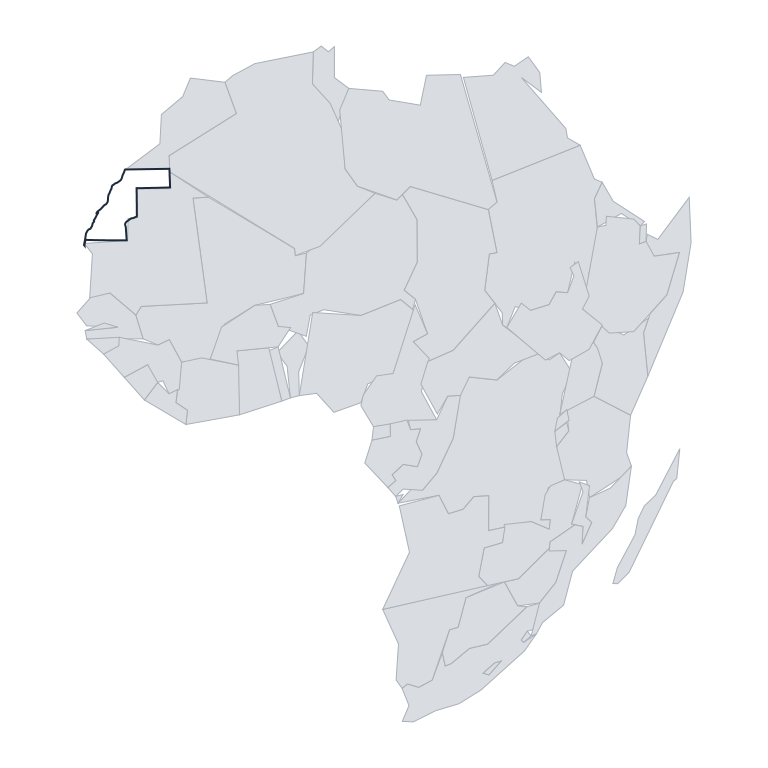 Western Sahara on a map of Africa (orthographic projection)
{"feature_id": "ESH", "entity_name": "Western Sahara", "entity_type": "country or territory", "adm_level": 0, "iso_a3": "ESH", "parent_name": "Africa", "parent_adm1": "", "projection": "orthographic", "projection_center": [-13.3, 24.236], "detail": "fine", "context": "in_parent", "style": "outline", "palette": "slate", "viewbox_px": 768, "rotation_deg": 0, "n_neighbors": 49, "source": "natural_earth", "source_scale": "50m", "svg_char_len": 11802}
<svg xmlns="http://www.w3.org/2000/svg" viewBox="0 0 768 768"><path d="M594.0,396.3L630.6,415.2L626.6,452.6L631.4,466.1L625.2,474.5L589.5,497.6L586.5,480.4L564.6,479.8L557.4,465.7L556.6,446.7L568.7,430.9L566.7,409.6L594.0,396.3Z" fill="#d9dde1" stroke="#a8b0b8" stroke-width="1"/><path d="M556.6,446.7L564.6,479.8L548.2,487.8L540.9,519.8L550.4,519.6L549.2,529.3L531.2,521.6L488.6,530.6L488.7,495.8L473.9,496.6L463.1,509.3L448.4,513.8L438.9,495.3L398.1,503.2L412.8,487.7L422.4,490.3L436.9,473.0L453.3,437.9L461.0,388.0L469.3,377.0L496.9,380.0L525.0,358.1L539.8,353.3L549.2,360.0L559.6,352.8L572.5,373.0L562.3,393.7L556.6,446.7Z" fill="#d9dde1" stroke="#a8b0b8" stroke-width="1"/><path d="M647.8,376.4L643.5,332.9L650.1,313.6L666.8,294.8L679.4,252.5L654.3,256.2L645.3,245.8L647.3,234.3L657.8,239.4L689.2,197.3L691.1,242.5L683.1,291.9L647.8,376.4Z" fill="#d9dde1" stroke="#a8b0b8" stroke-width="1"/><path d="M630.6,415.2L594.0,396.3L602.3,363.3L593.6,342.5L602.3,325.0L623.8,335.0L648.6,317.9L643.5,332.9L647.8,376.4L630.6,415.2Z" fill="#d9dde1" stroke="#a8b0b8" stroke-width="1"/><path d="M513.1,329.8L506.0,327.3L502.7,325.2L502.2,312.8L484.7,290.3L489.3,254.0L496.9,252.5L487.5,205.1L497.0,202.0L492.1,180.4L580.1,145.2L594.4,179.0L602.2,182.3L594.5,198.7L598.1,236.7L588.6,274.6L589.2,296.1L574.7,262.4L567.6,292.7L556.2,291.9L549.1,304.6L530.6,310.4L515.2,306.6L506.8,327.5L513.1,329.8Z" fill="#d9dde1" stroke="#a8b0b8" stroke-width="1"/><path d="M488.3,209.6L496.9,252.5L489.3,254.0L484.7,290.3L494.9,303.4L453.2,350.4L427.8,361.5L413.2,341.6L427.5,333.7L415.5,299.4L404.1,290.3L417.2,262.1L416.9,219.6L402.4,194.6L410.3,186.5L488.3,209.6Z" fill="#d9dde1" stroke="#a8b0b8" stroke-width="1"/><path d="M402.1,688.3L407.5,683.9L418.7,687.3L432.2,680.0L442.4,652.7L445.2,665.9L451.3,663.5L469.4,648.4L487.6,644.1L526.8,606.8L539.5,603.0L538.3,617.9L532.6,629.8L527.3,631.2L521.3,640.0L523.6,642.4L536.4,633.8L524.6,650.8L481.0,690.0L459.0,703.7L435.6,710.7L413.3,721.9L402.3,721.3L409.0,705.6L402.1,688.3ZM501.0,661.2L494.8,662.9L483.2,673.1L488.9,674.9L501.0,661.2Z" fill="#d9dde1" stroke="#a8b0b8" stroke-width="1"/><path d="M501.0,661.2L488.9,674.9L483.2,673.1L494.8,662.9L501.0,661.2Z" fill="#d9dde1" stroke="#a8b0b8" stroke-width="1"/><path d="M539.5,603.0L517.6,605.9L504.3,581.9L518.5,578.7L549.5,547.9L566.4,550.6L555.9,582.3L539.5,603.0Z" fill="#d9dde1" stroke="#a8b0b8" stroke-width="1"/><path d="M526.8,606.8L487.6,644.1L469.4,648.4L451.3,663.5L445.2,665.9L442.4,652.7L449.5,629.8L458.1,627.2L466.0,597.6L504.3,581.9L517.6,605.9L526.8,606.8Z" fill="#d9dde1" stroke="#a8b0b8" stroke-width="1"/><path d="M449.5,629.8L432.2,680.0L418.7,687.3L407.5,683.9L402.1,688.3L396.1,680.0L398.5,644.0L382.7,609.4L503.1,581.1L466.0,597.6L458.1,627.2L449.5,629.8Z" fill="#d9dde1" stroke="#a8b0b8" stroke-width="1"/><path d="M86.6,325.8L76.9,313.0L93.4,294.4L110.0,293.0L135.9,315.0L143.2,338.8L86.8,339.1L85.1,330.6L117.8,327.2L86.6,325.8Z" fill="#d9dde1" stroke="#a8b0b8" stroke-width="1"/><path d="M143.2,338.8L135.9,315.0L141.3,306.4L207.1,302.9L193.0,198.1L208.4,197.1L294.6,248.5L295.4,255.6L306.5,253.1L303.6,293.5L254.9,305.3L224.4,324.2L210.3,359.1L181.6,362.2L169.3,339.7L158.0,345.1L143.2,338.8Z" fill="#d9dde1" stroke="#a8b0b8" stroke-width="1"/><path d="M84.4,243.5L127.6,240.4L128.1,218.5L137.7,217.5L137.1,188.8L170.1,188.7L169.5,171.8L208.4,197.1L193.0,198.1L207.1,302.9L141.3,306.4L135.9,315.0L110.0,293.0L89.7,297.8L92.4,253.9L84.4,243.5Z" fill="#d9dde1" stroke="#a8b0b8" stroke-width="1"/><path d="M299.3,395.6L290.4,397.9L287.1,366.2L277.0,352.7L297.9,331.0L308.9,346.1L298.7,371.6L299.3,395.6Z" fill="#d9dde1" stroke="#a8b0b8" stroke-width="1"/><path d="M402.4,194.6L416.9,219.6L417.2,262.1L404.1,290.3L415.5,299.4L412.5,309.5L400.6,299.6L361.0,315.5L323.7,309.7L310.2,315.2L306.3,336.3L278.3,326.4L270.1,304.4L303.6,293.5L306.5,253.1L375.0,193.3L396.7,200.0L402.4,194.6Z" fill="#d9dde1" stroke="#a8b0b8" stroke-width="1"/><path d="M299.3,395.6L312.7,312.5L361.0,315.5L400.6,299.6L416.8,313.0L393.1,373.5L367.8,383.8L360.9,402.7L333.9,412.3L316.6,393.3L299.3,395.6Z" fill="#d9dde1" stroke="#a8b0b8" stroke-width="1"/><path d="M415.1,304.7L427.5,333.7L413.2,341.6L429.1,358.3L421.4,391.7L436.7,419.8L373.5,426.7L360.9,405.7L363.3,394.8L376.6,375.9L393.1,373.5L415.1,304.7Z" fill="#d9dde1" stroke="#a8b0b8" stroke-width="1"/><path d="M278.1,346.8L290.4,397.9L281.8,401.1L268.1,351.0L278.1,346.8Z" fill="#d9dde1" stroke="#a8b0b8" stroke-width="1"/><path d="M268.7,347.5L281.8,401.1L239.5,414.8L236.9,350.9L268.7,347.5Z" fill="#d9dde1" stroke="#a8b0b8" stroke-width="1"/><path d="M181.6,362.2L201.5,357.9L238.6,365.1L239.5,414.8L185.9,424.5L187.4,410.3L175.9,402.6L181.6,362.2Z" fill="#d9dde1" stroke="#a8b0b8" stroke-width="1"/><path d="M119.3,337.3L158.0,345.1L169.3,339.7L181.6,362.2L179.3,389.5L169.1,393.8L162.9,380.8L154.6,383.1L147.7,364.8L124.3,377.4L103.6,354.1L119.3,337.3Z" fill="#d9dde1" stroke="#a8b0b8" stroke-width="1"/><path d="M86.8,339.1L119.3,337.3L118.8,345.8L103.6,354.1L86.8,339.1Z" fill="#d9dde1" stroke="#a8b0b8" stroke-width="1"/><path d="M177.5,389.6L175.9,402.6L187.4,410.3L185.9,424.5L144.4,400.0L157.7,382.4L169.1,393.8L177.5,389.6Z" fill="#d9dde1" stroke="#a8b0b8" stroke-width="1"/><path d="M124.3,377.4L147.7,364.8L157.7,382.4L144.4,400.0L124.3,377.4Z" fill="#d9dde1" stroke="#a8b0b8" stroke-width="1"/><path d="M210.3,359.1L221.5,327.1L254.9,305.3L270.1,304.4L278.3,326.4L290.6,327.6L278.1,346.8L236.9,350.9L238.6,365.1L210.3,359.1Z" fill="#d9dde1" stroke="#a8b0b8" stroke-width="1"/><path d="M539.8,353.3L514.3,363.2L496.9,380.0L469.3,377.0L460.4,395.5L447.7,396.3L437.3,414.0L420.9,384.2L427.8,361.5L453.2,350.4L494.9,303.4L502.7,325.2L539.8,353.3Z" fill="#d9dde1" stroke="#a8b0b8" stroke-width="1"/><path d="M460.4,395.5L453.3,437.9L436.9,473.0L422.4,490.3L403.1,489.1L395.7,496.4L387.8,487.5L395.7,480.6L392.1,474.7L403.3,464.4L417.4,466.7L421.9,454.4L416.2,441.7L420.4,428.9L410.5,429.7L408.3,420.3L436.7,419.8L447.7,396.3L460.4,395.5Z" fill="#d9dde1" stroke="#a8b0b8" stroke-width="1"/><path d="M390.1,423.9L407.0,420.0L410.5,429.7L420.4,428.9L416.2,441.7L421.9,454.4L417.4,466.7L403.3,464.4L392.1,474.7L395.7,480.6L387.8,487.5L364.8,463.0L372.0,440.1L390.4,436.3L390.1,423.9Z" fill="#d9dde1" stroke="#a8b0b8" stroke-width="1"/><path d="M373.5,426.7L390.1,423.9L390.4,436.3L372.0,440.1L373.5,426.7Z" fill="#d9dde1" stroke="#a8b0b8" stroke-width="1"/><path d="M564.6,479.8L582.3,484.6L571.6,524.1L575.0,524.8L550.2,541.8L549.5,547.9L518.5,578.7L487.4,585.6L478.7,576.4L484.2,547.9L502.5,542.5L504.4,524.5L531.2,521.6L549.2,529.3L550.4,519.6L540.9,519.8L545.1,494.8L550.5,485.9L564.6,479.8Z" fill="#d9dde1" stroke="#a8b0b8" stroke-width="1"/><path d="M579.3,481.9L589.5,485.7L585.8,516.8L591.8,522.4L582.1,544.3L582.9,526.5L571.6,524.1L583.0,491.8L579.3,481.9Z" fill="#d9dde1" stroke="#a8b0b8" stroke-width="1"/><path d="M589.5,497.6L610.2,488.2L631.4,466.1L625.8,505.5L612.4,528.6L572.6,571.1L563.6,605.1L542.6,622.5L536.4,633.8L531.2,635.9L539.5,603.0L555.9,582.3L566.4,550.6L549.2,551.0L550.2,541.8L575.0,524.8L582.9,526.5L582.1,544.3L591.8,522.4L585.8,516.8L589.5,497.6Z" fill="#d9dde1" stroke="#a8b0b8" stroke-width="1"/><path d="M531.2,635.9L523.6,642.4L521.3,640.0L527.3,631.2L531.2,635.9Z" fill="#d9dde1" stroke="#a8b0b8" stroke-width="1"/><path d="M395.7,496.4L403.0,494.5L398.1,503.2L395.7,496.4ZM399.3,505.9L438.9,495.3L448.4,513.8L463.1,509.3L473.9,496.6L488.7,495.8L488.6,530.6L504.9,527.1L502.5,542.5L484.2,547.9L478.7,576.4L487.4,585.6L382.7,609.4L409.5,552.2L399.3,505.9Z" fill="#d9dde1" stroke="#a8b0b8" stroke-width="1"/><path d="M566.8,422.4L568.7,430.9L556.6,446.7L554.8,431.2L566.8,422.4Z" fill="#d9dde1" stroke="#a8b0b8" stroke-width="1"/><path d="M679.8,448.7L676.8,478.5L673.4,481.3L629.1,572.3L617.7,583.7L612.9,583.5L617.4,567.6L635.0,534.8L638.2,518.6L644.3,506.0L655.8,494.9L679.8,448.7Z" fill="#d9dde1" stroke="#a8b0b8" stroke-width="1"/><path d="M85.1,330.6L104.3,323.0L117.8,327.2L85.1,330.6Z" fill="#d9dde1" stroke="#a8b0b8" stroke-width="1"/><path d="M338.0,122.4L312.4,83.9L313.3,51.9L321.3,46.1L328.4,51.8L334.4,46.6L334.4,77.6L348.8,88.4L338.0,122.4Z" fill="#d9dde1" stroke="#a8b0b8" stroke-width="1"/><path d="M169.5,171.8L169.0,155.7L236.3,113.5L224.9,82.3L232.7,75.6L254.9,63.6L313.3,51.9L312.4,83.9L330.2,103.4L342.8,131.5L345.1,168.9L357.5,186.2L375.0,193.3L320.1,246.2L295.4,255.6L294.6,248.5L169.5,171.8Z" fill="#d9dde1" stroke="#a8b0b8" stroke-width="1"/><path d="M597.4,227.0L594.5,198.7L602.2,182.3L613.2,201.3L644.5,221.5L640.3,225.9L621.4,213.5L597.4,227.0Z" fill="#d9dde1" stroke="#a8b0b8" stroke-width="1"/><path d="M125.6,169.5L159.9,143.8L161.4,114.5L182.7,96.6L190.4,78.1L224.9,82.3L236.3,113.5L169.0,155.7L169.6,168.8L125.6,169.5Z" fill="#d9dde1" stroke="#a8b0b8" stroke-width="1"/><path d="M580.1,145.2L492.1,180.4L463.4,77.4L493.4,75.2L505.1,62.5L514.3,66.3L528.3,56.8L539.8,72.6L541.4,92.4L521.4,77.5L565.9,128.6L567.5,137.9L580.1,145.2Z" fill="#d9dde1" stroke="#a8b0b8" stroke-width="1"/><path d="M460.4,74.5L497.0,202.0L488.3,209.6L410.3,186.5L396.7,200.0L357.5,186.2L345.1,168.9L339.7,110.0L348.8,88.4L382.7,91.3L389.2,100.0L420.3,105.2L426.5,75.3L460.4,74.5Z" fill="#d9dde1" stroke="#a8b0b8" stroke-width="1"/><path d="M679.4,252.5L666.8,294.8L633.8,331.6L609.4,333.1L582.5,309.0L597.4,227.0L605.9,225.3L606.4,216.3L633.8,219.1L640.3,225.9L639.4,243.8L646.0,241.3L654.3,256.2L679.4,252.5Z" fill="#d9dde1" stroke="#a8b0b8" stroke-width="1"/><path d="M640.3,225.9L646.5,223.9L646.0,241.3L639.4,243.8L640.3,225.9Z" fill="#d9dde1" stroke="#a8b0b8" stroke-width="1"/><path d="M594.0,396.3L559.8,414.3L572.4,356.5L593.6,342.5L597.5,348.1L602.3,363.3L594.0,396.3Z" fill="#d9dde1" stroke="#a8b0b8" stroke-width="1"/><path d="M566.7,409.6L569.1,420.2L554.8,431.2L557.4,418.1L566.7,409.6Z" fill="#d9dde1" stroke="#a8b0b8" stroke-width="1"/><path d="M569.2,360.6L559.6,352.8L545.4,360.1L506.8,327.5L521.3,303.1L530.6,310.4L549.1,304.6L556.2,291.9L567.6,292.7L573.9,275.9L570.0,267.5L578.3,261.6L589.2,296.1L582.5,309.0L602.3,325.0L589.1,349.4L569.2,360.6Z" fill="#d9dde1" stroke="#a8b0b8" stroke-width="1"/><path d="M169.6,173.0L169.6,174.9L169.7,177.1L169.8,179.3L169.9,181.8L170.0,184.3L170.0,186.2L170.1,187.4L168.0,187.5L166.2,187.6L164.3,187.6L162.4,187.7L160.6,187.7L158.7,187.8L156.8,187.8L155.0,187.9L153.1,187.9L151.2,187.9L149.3,188.0L147.5,188.0L145.6,188.0L143.7,188.1L141.9,188.1L140.0,188.1L138.1,188.1L136.6,188.1L136.6,189.5L136.6,191.0L136.6,192.5L136.7,194.0L136.7,195.6L136.7,197.1L136.7,198.6L136.7,200.1L136.7,201.7L136.8,203.2L136.8,204.7L136.8,206.2L136.8,207.8L136.8,209.3L136.8,210.8L136.8,212.3L136.8,213.8L136.9,215.2L136.8,216.4L136.2,216.8L134.7,217.4L133.2,218.1L131.3,218.4L130.7,218.7L129.5,219.5L127.9,220.7L126.5,221.7L125.5,223.0L125.2,223.7L125.1,224.5L125.2,225.2L125.7,226.6L125.8,227.4L125.9,228.6L126.0,230.0L126.1,231.5L126.2,232.9L126.3,234.5L126.4,236.1L126.5,237.7L126.6,238.9L126.7,240.3L125.1,240.3L122.7,240.3L120.3,240.3L117.9,240.3L115.5,240.3L113.1,240.3L110.7,240.3L108.4,240.3L106.0,240.3L103.6,240.2L101.2,240.2L98.8,240.2L96.4,240.1L94.0,240.1L91.6,240.0L89.3,240.0L86.9,239.9L85.5,239.9L85.1,242.0L84.6,243.5L84.4,244.7L84.5,245.7L84.0,245.1L85.1,239.3L85.2,238.9L86.0,233.5L87.5,230.7L88.7,229.4L90.4,228.8L92.1,225.9L92.7,223.2L93.8,222.0L94.2,221.1L93.8,220.3L94.8,218.9L96.0,216.7L96.6,215.3L98.0,213.1L98.2,212.6L98.1,212.1L97.6,212.5L96.9,213.3L96.2,214.0L96.5,213.2L97.1,212.0L98.4,210.8L100.3,209.5L104.5,205.0L106.0,204.3L107.4,202.4L107.9,200.7L108.1,196.8L108.6,194.7L109.5,193.1L110.6,190.2L111.4,188.9L111.9,186.3L112.5,185.3L113.5,184.8L115.0,183.5L117.2,182.7L119.7,181.0L120.9,179.9L121.7,178.4L122.6,175.3L124.1,172.1L124.9,169.7L125.1,169.5L169.4,168.8L169.5,170.7L169.6,173.0Z" fill="none" stroke="#1e293b" stroke-width="2"/></svg>